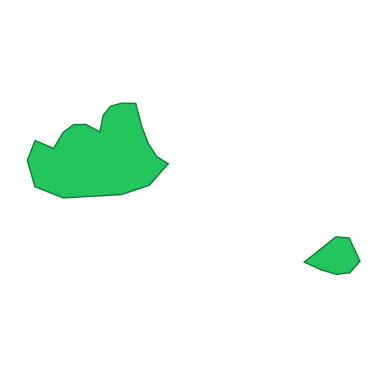 map outline of Manu's (Equal Earth projection), rotated 175°
{"feature_id": "ASM-4999", "entity_name": "Manu's", "entity_type": "state/province", "adm_level": 1, "iso_a3": "ASM", "parent_name": "American Samoa", "parent_adm1": "", "projection": "equal_earth", "projection_center": [-169.541, -14.22], "detail": "fine", "context": "isolated", "style": "filled", "palette": "green", "viewbox_px": 384, "rotation_deg": 175, "n_neighbors": 0, "source": "natural_earth", "source_scale": "10m", "svg_char_len": 498}
<svg xmlns="http://www.w3.org/2000/svg" viewBox="0 0 384 384"><g transform="rotate(175 192 192)"><path d="M320.9,197.4L348.0,211.0L353.3,237.9L343.8,256.9L326.0,247.4L315.1,262.6L304.1,269.4L292.0,268.6L278.5,259.9L273.8,276.1L265.7,284.5L254.4,286.6L240.3,285.1L236.7,263.1L231.5,244.4L224.0,230.3L213.2,222.2L233.9,202.5L262.7,195.6L320.9,197.4ZM30.7,108.5L41.7,97.9L55.3,97.4L70.4,103.4L86.2,112.4L52.6,134.7L39.5,132.5L30.7,108.5Z" fill="#22c55e" stroke="#15803d" stroke-width="1.5"/></g></svg>